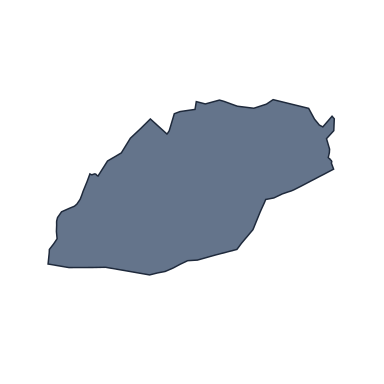 Sabon Birni, Sokoto, Nigeria, rotated 134°
{"feature_id": "59680162B48318677941344", "entity_name": "Sabon Birni", "entity_type": "district", "adm_level": 2, "iso_a3": "NGA", "parent_name": "Nigeria", "parent_adm1": "Sokoto", "projection": "albers", "projection_center": [6.24, 13.502], "detail": "fine", "context": "isolated", "style": "filled", "palette": "slate", "viewbox_px": 384, "rotation_deg": 134, "n_neighbors": 0, "source": "geoboundaries", "source_scale": "gbopen_adm2", "svg_char_len": 1487}
<svg xmlns="http://www.w3.org/2000/svg" viewBox="0 0 384 384"><g transform="rotate(134 192 192)"><path d="M106.8,236.1L119.4,243.6L124.0,251.7L130.5,247.2L136.0,251.5L142.5,256.5L148.0,259.1L163.8,250.9L166.4,250.4L167.7,250.3L168.4,272.7L181.8,273.0L196.1,273.7L213.0,270.0L228.4,274.3L245.8,270.7L246.1,271.9L246.0,273.7L246.7,274.7L249.2,276.0L249.7,277.1L249.9,278.0L257.4,274.7L267.2,270.8L270.4,269.3L274.9,267.4L280.6,266.4L283.9,266.7L289.2,269.0L296.9,272.1L298.6,271.8L303.7,271.0L306.9,269.2L307.8,268.4L309.9,266.3L314.6,262.1L319.3,256.6L320.7,256.3L325.2,255.5L332.4,254.7L335.0,252.4L343.8,245.5L331.9,228.1L315.7,211.4L306.2,201.9L304.3,199.1L294.7,185.0L281.1,164.9L274.5,160.8L273.2,159.9L267.8,156.1L259.6,152.7L252.4,150.4L244.4,147.4L237.2,140.8L228.8,135.9L226.2,134.4L220.4,131.0L202.1,119.8L194.4,120.8L176.8,122.0L174.4,122.9L173.0,123.5L167.5,125.7L159.5,128.9L154.3,130.8L153.1,131.2L152.6,131.4L151.1,131.9L148.9,132.7L146.2,133.8L139.4,129.0L130.6,125.7L127.7,124.2L125.5,123.1L122.6,121.5L119.8,120.3L114.6,118.5L112.0,117.6L108.1,116.3L102.0,114.3L97.0,112.6L92.4,111.1L87.8,109.5L84.1,108.3L79.6,106.8L77.2,106.0L74.4,111.8L73.1,112.5L72.6,113.6L72.7,115.1L72.4,115.7L72.6,116.4L72.6,117.9L68.3,120.5L65.6,122.8L60.2,132.3L49.4,132.6L40.5,140.5L40.2,143.9L54.3,143.1L55.4,146.9L54.5,154.5L50.8,166.2L69.2,197.8L70.1,198.0L77.1,199.5L88.8,205.7L98.8,219.0L101.1,224.1L104.6,232.0L106.8,236.1Z" fill="#64748b" stroke="#1e293b" stroke-width="1.5"/></g></svg>